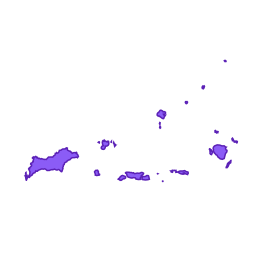 the district of Maluku Barat Daya, Maluku, Indonesia, rotated 354°
{"feature_id": "22746128B88480653802061", "entity_name": "Maluku Barat Daya", "entity_type": "district", "adm_level": 2, "iso_a3": "IDN", "parent_name": "Indonesia", "parent_adm1": "Maluku", "projection": "robinson", "projection_center": [127.795, -7.318], "detail": "fine", "context": "isolated", "style": "filled", "palette": "violet", "viewbox_px": 256, "rotation_deg": 354, "n_neighbors": 0, "source": "geoboundaries", "source_scale": "gbopen_adm2", "svg_char_len": 5981}
<svg xmlns="http://www.w3.org/2000/svg" viewBox="0 0 256 256"><g transform="rotate(354 128 128)"><path d="M65.1,141.3L64.3,141.4L63.5,142.2L60.7,142.1L58.9,143.1L57.4,143.1L56.8,144.5L55.9,145.4L54.9,145.6L54.3,145.0L53.9,145.7L53.0,145.7L53.0,146.3L52.4,147.4L51.1,148.0L50.2,149.0L45.9,148.6L43.4,150.8L42.0,150.4L41.5,150.6L38.7,149.4L38.3,149.7L37.6,149.6L36.9,148.9L36.0,149.1L35.5,148.8L35.0,147.8L34.6,148.1L34.2,148.1L33.6,146.8L33.0,146.6L32.3,147.2L31.8,147.1L31.1,148.1L31.1,148.8L30.0,151.1L30.3,151.5L30.2,151.7L29.4,152.0L29.1,152.5L27.6,153.0L27.4,153.8L28.3,154.7L28.0,155.7L25.9,157.3L25.9,157.9L25.3,157.7L24.9,158.3L25.2,158.8L25.0,158.6L25.9,161.3L25.5,163.7L24.2,165.4L24.0,166.4L24.5,166.9L24.9,166.8L24.9,166.2L25.3,165.7L26.2,165.6L27.3,164.8L27.9,164.7L28.2,164.0L28.8,163.3L29.9,162.8L30.7,162.8L31.9,161.1L32.2,161.4L33.5,161.5L33.9,160.9L34.9,160.5L37.9,159.7L39.6,160.1L40.8,159.9L41.9,160.5L43.1,161.8L45.4,162.0L46.5,161.6L48.3,161.4L48.8,161.7L50.6,161.2L52.4,162.3L53.4,162.4L54.2,162.0L55.0,162.1L57.1,164.5L57.7,164.4L59.1,161.4L58.8,160.8L59.6,159.5L59.9,158.1L60.7,157.7L61.3,156.1L61.9,155.7L63.5,155.2L64.0,154.4L64.5,154.3L64.9,153.9L66.2,153.4L66.7,153.6L68.5,152.1L69.7,151.7L71.8,151.9L73.8,151.6L74.6,152.3L75.7,151.1L75.2,149.3L74.7,148.5L74.0,148.1L74.4,147.1L74.2,146.8L72.9,147.1L72.6,146.9L71.6,146.8L69.8,147.4L69.3,146.1L68.5,145.9L68.1,145.0L67.2,144.9L66.8,144.4L65.6,143.8L65.3,142.8L65.6,141.7L65.1,141.3ZM214.9,154.1L212.1,154.9L210.9,156.1L210.5,157.5L210.8,158.6L210.2,160.3L211.2,161.1L211.3,162.0L211.7,162.2L212.7,163.8L213.6,164.3L214.6,166.5L215.9,167.6L216.4,168.3L218.6,169.0L220.5,168.4L222.2,163.8L222.8,163.0L223.4,162.7L224.0,161.4L224.1,160.5L223.2,159.9L222.9,158.8L222.9,158.0L223.7,157.3L223.1,157.1L221.8,155.8L219.5,155.6L217.5,154.6L214.9,154.1ZM122.2,171.8L121.1,172.0L120.8,172.3L120.9,172.7L121.9,173.5L122.0,175.2L122.4,176.3L123.6,177.1L125.8,178.0L126.9,178.2L128.0,177.9L129.9,178.3L130.5,179.1L130.6,179.7L131.7,179.9L132.7,180.3L134.8,180.4L135.1,178.7L136.0,178.0L136.2,176.7L138.0,175.8L138.7,175.1L138.7,174.5L137.4,173.7L136.4,173.6L135.6,174.0L134.2,174.2L132.4,173.8L130.0,174.1L129.3,173.8L128.9,173.1L127.8,173.2L126.4,172.5L125.3,172.6L124.8,172.2L122.2,171.8ZM162.6,113.7L161.7,113.9L160.6,115.2L159.1,116.2L158.5,117.1L158.3,118.2L159.2,119.3L160.0,119.2L160.3,119.8L161.0,120.0L163.2,122.1L164.3,122.4L164.7,122.0L165.0,121.1L166.4,119.4L165.6,119.5L164.7,118.4L164.7,118.0L165.4,118.3L166.2,117.9L166.9,117.3L166.9,116.2L165.8,115.5L164.6,115.6L164.2,114.7L162.6,113.7ZM102.6,138.1L102.2,137.7L101.4,138.2L100.9,139.7L101.1,142.0L101.6,143.0L100.2,143.4L99.4,144.4L99.3,145.3L100.1,146.4L101.5,146.7L102.4,146.4L103.3,145.1L103.5,143.7L105.0,143.8L106.5,143.1L107.1,142.2L107.4,140.8L107.1,140.3L107.3,139.3L106.7,138.9L106.0,139.6L105.1,139.4L104.5,138.7L103.6,138.7L103.4,137.9L102.9,138.5L103.2,138.6L103.0,138.8L102.2,138.7L102.3,138.2L102.6,138.1ZM143.2,177.5L141.8,177.2L140.1,178.0L138.9,178.0L137.0,177.5L137.2,178.2L136.4,180.3L137.0,180.8L139.9,181.5L142.5,181.5L143.9,181.2L143.5,178.0L143.2,177.5ZM175.3,176.2L173.5,176.7L173.0,177.2L175.2,178.8L177.0,179.5L178.6,179.7L178.3,178.6L179.3,178.5L180.6,179.7L182.4,180.5L182.7,179.8L183.1,179.5L183.2,178.7L183.0,178.0L181.4,177.5L179.9,176.3L178.0,176.5L175.3,176.2ZM117.6,174.6L116.3,174.9L115.9,175.5L115.2,175.7L114.3,176.9L113.1,177.5L112.9,178.0L114.3,178.4L114.6,179.2L115.8,179.3L118.6,177.8L119.2,178.1L120.3,177.5L120.5,176.8L120.1,175.8L117.6,174.6ZM93.3,166.8L91.3,166.8L90.1,168.1L90.7,170.5L90.5,171.4L91.9,172.0L94.7,171.8L94.9,171.1L94.3,170.7L93.9,169.7L94.0,167.9L93.6,167.7L93.3,166.8ZM226.5,173.3L227.0,171.1L226.7,171.1L225.6,172.4L224.6,172.7L223.3,173.8L222.2,176.4L221.5,177.2L221.5,177.7L222.4,177.8L223.5,176.7L224.9,174.2L226.5,173.3ZM207.0,157.2L206.7,157.6L207.0,158.2L207.3,158.2L207.4,158.7L207.0,159.4L207.2,160.1L206.9,161.9L207.4,162.8L208.3,163.2L209.6,160.9L209.4,160.1L208.7,159.8L208.7,158.9L208.5,158.4L207.8,158.2L207.5,157.4L207.0,157.2ZM21.4,164.2L21.1,164.2L21.0,164.8L20.7,164.9L21.0,165.2L21.2,168.6L21.4,169.3L21.5,169.3L22.8,166.8L22.7,165.8L21.9,165.2L21.4,164.2ZM208.1,94.0L207.1,94.4L206.7,94.1L206.3,94.5L205.9,95.6L206.1,96.5L206.4,96.6L206.2,96.0L206.5,95.8L206.4,96.3L207.1,96.8L207.7,96.2L208.4,94.6L208.1,94.0ZM214.8,139.6L214.3,139.7L214.1,141.2L215.2,141.7L215.6,142.2L216.1,141.9L216.8,142.1L217.2,141.0L216.8,140.8L216.0,141.2L215.6,141.0L214.8,139.6ZM189.5,107.9L188.0,107.8L187.7,108.7L188.2,109.7L188.8,109.9L189.6,109.3L189.9,108.5L189.5,107.9ZM234.1,152.2L233.2,152.5L232.6,152.2L232.1,152.9L232.5,153.2L233.5,153.0L234.7,154.2L235.0,154.0L235.3,152.8L234.1,152.2ZM230.8,149.0L230.2,149.6L230.3,150.7L230.8,151.0L230.7,151.6L231.9,151.8L231.2,149.6L230.8,149.0ZM113.1,143.3L112.3,140.8L112.0,141.5L112.6,142.9L112.8,144.9L113.8,144.0L113.6,144.0L113.8,143.6L113.7,143.2L113.4,143.4L113.1,143.3ZM169.8,175.0L169.7,175.2L170.9,175.7L171.2,176.5L171.0,177.1L171.7,177.1L171.8,176.4L171.3,176.1L171.2,175.1L170.4,175.3L169.8,175.0ZM166.9,175.2L166.0,175.2L166.6,176.0L166.5,176.3L167.5,176.7L167.8,176.4L167.9,176.0L167.1,175.7L166.9,175.2ZM231.3,70.9L230.8,71.2L231.4,72.1L232.4,72.1L232.5,71.7L231.9,71.0L231.3,70.9ZM159.8,130.0L159.5,130.8L159.9,131.6L160.3,131.4L160.5,130.4L160.3,130.1L159.9,130.5L159.8,130.0ZM160.1,127.8L160.5,126.1L160.2,125.9L159.7,127.0L160.1,127.8ZM97.9,138.7L97.3,138.8L96.9,139.2L97.9,139.8L98.1,139.0L97.9,138.7ZM30.7,147.0L29.9,147.5L29.9,148.0L30.9,147.7L30.7,147.0ZM21.7,163.0L21.9,162.7L21.9,161.6L21.6,161.8L21.4,162.7L21.7,163.0ZM110.1,139.6L109.7,140.0L109.7,140.4L110.0,140.5L110.1,139.6ZM157.5,185.1L157.1,184.5L156.9,183.8L156.8,184.7L157.5,185.1ZM22.0,164.2L21.9,164.8L22.3,165.2L22.0,164.9L22.3,164.8L22.0,164.6L22.3,164.3L22.0,164.2ZM152.9,176.6L152.6,176.4L152.0,176.7L152.6,176.7L152.9,176.6ZM168.1,174.7L168.2,174.9L168.8,174.8L168.5,174.7L168.1,174.7Z" fill="#8b5cf6" stroke="#5b21b6" stroke-width="1.5"/></g></svg>